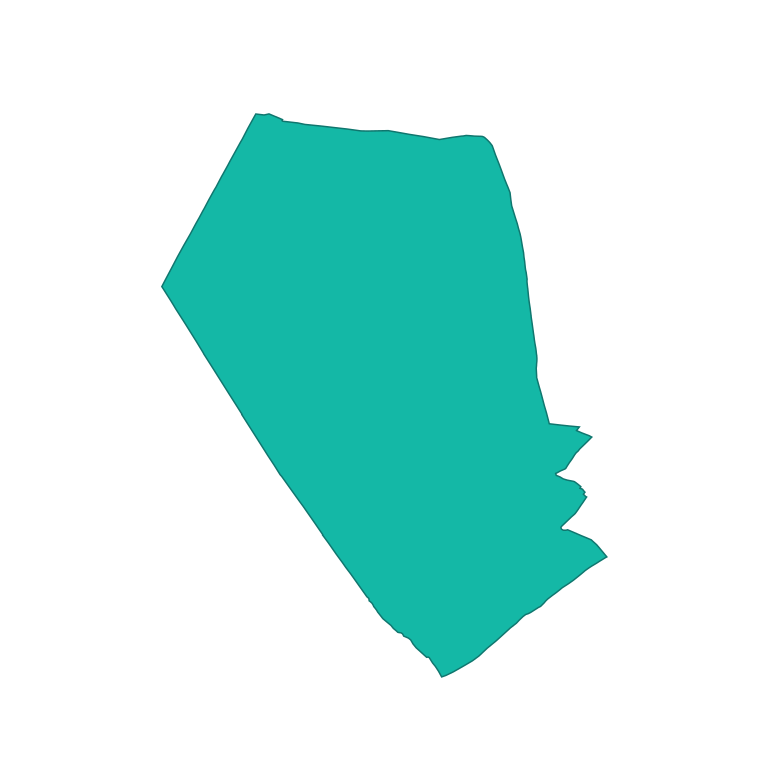 the district of Tam Nong, Ðong Tháp, Vietnam, rotated 252°
{"feature_id": "81297802B81919693811276", "entity_name": "Tam Nong", "entity_type": "district", "adm_level": 2, "iso_a3": "VNM", "parent_name": "Vietnam", "parent_adm1": "Ðong Tháp", "projection": "robinson", "projection_center": [105.496, 10.734], "detail": "fine", "context": "isolated", "style": "filled", "palette": "teal", "viewbox_px": 768, "rotation_deg": 252, "n_neighbors": 0, "source": "geoboundaries", "source_scale": "gbopen_adm2", "svg_char_len": 3906}
<svg xmlns="http://www.w3.org/2000/svg" viewBox="0 0 768 768"><g transform="rotate(252 384 384)"><path d="M599.3,512.8L599.4,512.2L607.0,498.2L613.5,485.4L619.8,473.6L623.7,466.2L624.1,464.7L624.3,464.1L629.7,446.4L631.9,440.1L637.9,427.7L642.9,416.7L648.7,404.0L653.5,393.1L655.3,389.0L658.8,382.9L665.2,368.9L666.0,368.4L666.8,369.2L676.4,358.1L676.9,353.1L680.4,345.5L676.7,341.5L669.2,333.5L660.6,324.8L658.3,322.2L649.4,312.7L643.8,306.7L640.3,303.1L633.3,295.6L631.5,293.6L627.2,289.2L623.1,285.0L621.5,283.1L616.6,277.8L613.4,274.4L606.7,267.5L604.7,265.3L599.5,259.9L595.2,255.2L593.3,253.2L586.3,245.9L577.7,236.4L568.8,226.9L559.5,217.4L550.7,208.3L545.3,202.8L529.8,206.8L524.8,208.0L519.6,209.2L502.7,213.6L493.1,216.0L487.5,217.4L482.3,218.7L469.2,221.8L468.6,221.8L454.7,225.4L423.2,233.4L399.1,239.6L398.9,239.3L384.2,243.1L357.0,250.1L351.9,251.4L340.6,254.5L329.8,257.2L327.8,258.1L309.1,264.0L298.1,267.5L293.0,269.2L274.8,274.7L259.7,279.2L259.4,278.9L250.1,282.0L236.9,286.0L227.2,289.2L221.6,290.9L213.5,293.7L199.1,298.2L186.9,302.0L184.8,303.3L182.3,302.9L181.6,303.5L179.3,304.8L177.4,305.3L175.4,305.5L173.7,306.2L171.1,307.1L169.1,307.5L164.8,309.1L161.2,310.4L157.0,313.0L152.3,316.0L148.6,317.4L145.6,319.3L143.6,320.4L143.1,321.2L142.0,323.4L140.7,324.4L139.4,324.7L138.2,324.8L137.5,325.6L134.8,328.7L132.4,330.3L127.7,331.3L123.1,333.1L110.9,340.1L110.8,340.8L110.6,341.7L109.7,342.5L103.7,344.0L99.5,345.6L94.0,347.1L87.6,348.3L87.6,348.6L87.7,352.7L88.8,360.9L91.6,374.4L93.4,382.5L96.0,390.3L100.8,400.4L105.1,411.4L112.4,427.6L112.9,428.6L115.6,436.0L117.7,439.8L119.9,444.4L121.0,447.6L121.0,447.9L121.0,450.1L121.4,452.8L122.5,457.0L123.4,460.5L123.7,461.5L124.1,464.2L126.2,468.4L127.7,470.8L128.9,473.2L130.8,478.5L132.8,484.5L135.2,490.7L137.1,497.9L139.0,503.9L142.1,512.1L144.4,517.7L145.7,521.8L146.6,525.1L148.0,531.2L148.7,533.8L149.7,538.0L150.4,540.8L150.7,542.5L158.5,539.4L165.4,536.6L170.2,533.8L171.7,533.0L175.1,529.1L178.5,525.1L181.5,521.7L188.6,513.6L188.7,511.8L189.5,509.4L191.1,507.9L193.0,507.9L193.9,509.2L199.7,521.2L201.4,525.2L202.0,526.2L203.8,528.7L207.8,533.8L210.1,536.9L213.2,540.8L213.9,541.8L214.9,540.9L217.6,539.6L219.0,541.7L220.8,540.9L222.3,540.4L222.8,540.1L223.3,539.5L224.2,538.1L225.4,539.4L225.5,539.5L225.7,539.4L226.8,538.7L228.7,537.5L231.0,535.9L232.3,534.9L233.0,533.9L234.6,531.0L236.0,528.5L237.4,526.5L238.4,525.1L241.2,522.7L242.5,521.2L243.8,519.6L245.9,519.6L246.1,521.4L246.6,523.9L246.8,525.1L247.2,529.3L247.3,530.1L247.5,530.6L247.8,531.1L248.9,532.3L249.9,533.5L252.0,536.1L254.7,539.8L257.8,543.5L259.2,545.5L260.3,548.0L261.7,550.0L262.1,550.8L266.4,559.6L269.0,564.6L269.3,565.2L271.5,563.1L273.8,560.2L276.4,557.0L280.2,552.7L282.8,556.5L286.9,547.0L290.7,538.5L295.1,528.9L306.5,529.6L313.9,529.8L319.3,530.1L324.4,530.4L328.6,530.6L332.6,530.7L343.3,531.2L343.9,531.5L344.6,531.7L351.8,533.6L354.3,534.7L355.9,535.3L358.2,536.3L359.8,536.9L361.3,537.4L363.0,537.8L364.1,538.1L365.1,538.2L368.9,539.0L370.5,539.3L371.8,539.5L376.2,540.1L379.8,540.7L383.4,541.4L385.3,541.7L388.6,542.3L392.0,542.9L395.3,543.5L397.0,543.8L402.4,544.7L404.0,545.1L404.8,545.2L405.7,545.4L407.8,545.8L410.9,546.4L413.4,546.8L417.5,547.5L422.6,548.5L424.4,548.9L430.3,550.2L431.5,550.4L432.0,550.5L436.3,551.4L437.8,551.8L439.5,552.5L446.3,553.7L448.7,553.9L451.0,554.3L457.4,555.7L461.2,556.3L465.7,557.3L471.2,558.0L479.3,559.2L481.6,559.5L483.7,559.7L484.4,559.8L490.7,560.0L495.3,560.3L501.3,560.3L514.0,560.5L520.2,561.6L527.0,563.0L532.5,562.7L536.1,562.4L541.9,562.0L544.9,561.9L550.8,561.7L557.8,561.4L560.9,561.2L567.4,560.8L572.1,560.7L576.4,560.6L577.4,560.5L578.0,560.3L580.8,559.3L582.1,558.7L584.3,557.6L587.1,556.0L587.9,555.4L588.5,554.7L589.0,554.1L589.5,553.0L591.7,546.9L593.9,541.7L595.0,538.9L595.4,535.9L595.8,534.4L597.5,525.1L599.3,512.8Z" fill="#14b8a6" stroke="#0f766e" stroke-width="1.5"/></g></svg>